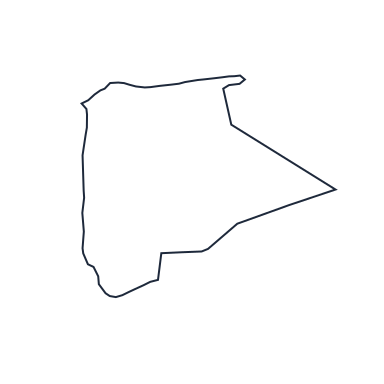 the district of Brejo Grande, Sergipe, Brazil, rotated 200°
{"feature_id": "56859067B39300594646138", "entity_name": "Brejo Grande", "entity_type": "district", "adm_level": 2, "iso_a3": "BRA", "parent_name": "Brazil", "parent_adm1": "Sergipe", "projection": "equal_earth", "projection_center": [-36.456, -10.473], "detail": "fine", "context": "isolated", "style": "outline", "palette": "slate", "viewbox_px": 384, "rotation_deg": 200, "n_neighbors": 0, "source": "geoboundaries", "source_scale": "gbopen_adm2", "svg_char_len": 869}
<svg xmlns="http://www.w3.org/2000/svg" viewBox="0 0 384 384"><g transform="rotate(200 192 192)"><path d="M193.9,97.8L199.9,124.0L181.2,131.8L162.6,139.4L157.5,144.0L138.6,177.7L96.3,212.9L58.0,243.4L178.1,268.7L198.0,299.8L193.8,305.1L184.3,309.9L180.8,315.8L186.6,317.9L191.8,315.3L196.8,313.3L202.5,310.3L210.2,306.4L220.1,301.5L224.9,299.2L236.2,292.9L241.3,289.3L248.8,285.5L258.6,280.7L266.8,276.4L272.1,274.1L280.8,272.0L287.4,271.4L293.1,271.1L298.8,269.6L306.2,266.4L309.4,259.2L312.8,256.2L316.9,250.3L320.9,242.7L326.0,237.4L319.6,233.9L317.1,228.8L312.8,216.5L311.5,209.3L307.4,189.1L294.3,156.3L291.4,149.7L287.9,134.8L280.1,117.8L275.6,101.7L273.2,97.1L265.1,88.5L258.9,87.9L251.3,80.7L248.0,73.5L238.6,67.3L233.7,66.1L227.6,67.2L222.2,71.2L217.1,76.5L212.5,81.1L205.6,87.9L200.5,93.3L193.9,97.8Z" fill="none" stroke="#1e293b" stroke-width="2"/></g></svg>